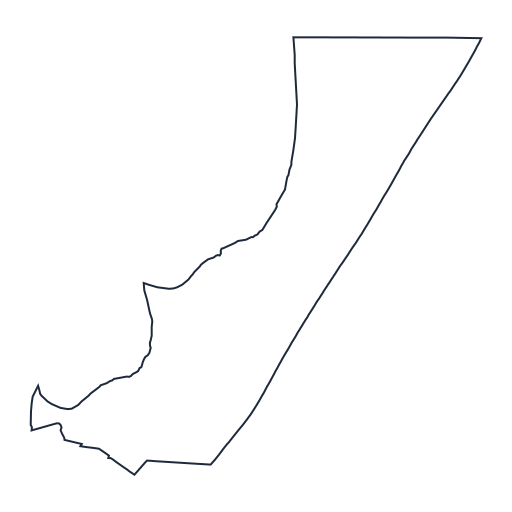 Mostardas, Rio Grande do Sul, Brazil (Albers equal-area conic projection)
{"feature_id": "56859067B36086457768432", "entity_name": "Mostardas", "entity_type": "district", "adm_level": 2, "iso_a3": "BRA", "parent_name": "Brazil", "parent_adm1": "Rio Grande do Sul", "projection": "albers", "projection_center": [-50.76, -30.853], "detail": "fine", "context": "isolated", "style": "outline", "palette": "slate", "viewbox_px": 512, "rotation_deg": 0, "n_neighbors": 0, "source": "geoboundaries", "source_scale": "gbopen_adm2", "svg_char_len": 3874}
<svg xmlns="http://www.w3.org/2000/svg" viewBox="0 0 512 512"><path d="M481.3,38.2L446.9,37.6L420.8,37.6L416.7,37.6L380.8,37.5L346.3,37.4L293.4,37.3L294.7,54.9L294.7,63.3L297.0,104.5L295.6,128.8L295.0,138.2L293.3,150.6L291.5,161.0L291.3,165.1L289.5,169.5L288.4,175.3L287.4,176.7L286.5,180.8L285.0,189.5L280.4,197.3L277.7,202.2L276.5,204.2L276.8,206.7L275.0,210.2L266.6,222.9L264.2,226.9L262.3,230.0L259.6,231.6L257.4,234.5L254.6,235.7L253.0,237.2L251.3,237.1L246.0,239.7L237.9,241.0L235.0,242.9L223.1,248.3L221.6,248.6L220.7,250.9L220.9,253.5L219.7,255.5L217.9,255.1L216.0,255.7L213.7,257.5L208.1,259.3L202.5,263.4L200.7,265.0L199.8,266.5L194.4,271.9L192.6,274.5L191.2,275.9L188.5,279.5L182.2,284.7L177.1,287.3L173.6,288.4L169.2,288.8L157.5,287.3L148.9,284.8L143.7,283.0L144.3,290.4L147.1,300.0L149.4,310.7L150.1,313.7L151.9,318.9L152.3,321.7L151.7,326.7L151.7,335.7L150.6,340.6L149.9,342.6L150.0,345.6L150.7,347.9L149.4,352.8L147.7,355.3L145.4,356.8L143.9,359.4L142.7,362.4L141.9,365.5L141.2,367.3L139.6,368.0L138.2,371.0L136.5,372.1L132.8,374.0L130.9,376.0L129.3,376.8L126.5,376.6L121.2,377.6L114.0,378.9L112.2,380.4L110.0,381.1L106.7,383.2L100.8,385.2L99.1,387.1L90.6,393.5L88.5,395.8L81.6,401.4L78.2,405.0L71.7,408.7L67.8,409.1L60.5,407.9L51.6,404.0L47.5,401.4L41.5,395.7L40.2,393.9L39.2,389.6L38.1,385.8L32.7,396.6L31.7,403.1L31.0,411.2L30.7,424.9L31.7,426.7L31.9,428.4L31.6,430.4L55.3,423.7L57.0,423.3L59.2,423.5L60.7,425.1L61.5,427.6L60.6,430.3L61.7,432.8L62.5,434.6L63.4,436.1L64.3,438.1L64.5,439.9L81.8,444.0L80.4,446.2L86.5,447.1L92.5,447.8L98.9,448.7L104.1,452.2L108.9,455.6L108.3,458.0L110.7,458.1L112.8,459.4L115.8,461.7L118.5,463.6L120.9,465.3L124.2,467.6L127.2,469.6L129.3,471.3L131.9,473.0L134.4,474.7L136.2,472.7L137.8,470.9L139.3,469.1L140.9,467.4L142.4,465.6L144.0,463.8L145.4,462.2L147.0,460.6L149.0,460.7L151.1,460.8L153.1,461.0L155.7,461.2L198.7,463.9L200.8,464.0L210.6,464.6L213.2,461.7L215.0,459.7L216.7,457.5L218.6,455.2L220.7,452.4L222.1,450.5L224.6,447.2L227.2,444.0L228.9,442.2L230.5,440.1L232.5,437.6L234.1,435.6L235.5,433.8L237.3,431.6L238.7,429.8L240.5,427.7L242.0,425.9L243.8,423.6L245.4,421.5L247.1,419.3L248.5,417.3L250.2,415.1L252.2,412.1L254.1,409.1L255.6,406.7L257.4,403.8L258.9,401.3L260.9,397.8L262.2,395.4L263.4,393.5L264.5,391.5L265.6,389.3L266.9,386.8L268.4,384.3L270.4,380.8L271.4,378.9L272.7,376.5L273.9,374.3L275.1,371.9L276.0,370.2L277.1,368.5L278.3,366.1L279.5,363.9L280.9,361.5L282.3,358.8L284.0,355.9L285.6,353.2L287.3,350.4L288.7,348.1L290.1,345.6L291.9,342.3L293.7,339.5L295.5,336.6L297.9,332.2L299.3,330.1L300.6,327.9L301.7,326.2L303.1,323.8L304.6,321.4L305.5,319.9L307.2,317.5L308.1,315.8L309.0,314.2L310.1,312.6L311.8,309.9L313.0,308.0L314.3,306.0L315.2,304.4L316.1,302.9L317.7,300.4L319.0,298.7L320.4,296.4L322.0,294.0L323.1,292.2L324.2,290.4L325.7,288.1L327.1,286.0L328.1,284.4L329.5,282.4L331.1,279.8L332.7,277.5L333.9,275.6L335.2,273.7L336.4,271.8L338.2,269.0L339.8,266.4L342.0,263.4L343.4,261.4L345.0,259.0L346.5,256.8L348.3,254.1L349.9,251.6L351.3,249.4L352.9,247.0L354.2,245.2L355.7,243.1L357.4,240.4L358.5,238.6L360.2,236.0L361.5,234.2L362.9,231.8L364.8,228.6L366.4,226.0L367.4,224.5L369.1,221.5L370.3,219.6L371.5,217.4L372.9,215.0L374.4,212.5L376.2,209.8L377.5,207.5L378.8,205.1L380.8,201.8L381.9,199.7L383.4,197.1L384.8,194.8L386.3,192.5L387.4,190.7L389.0,188.0L391.7,183.3L394.9,177.5L396.8,174.1L398.5,171.3L399.9,168.7L401.4,165.7L403.2,162.7L404.5,160.3L406.2,157.8L407.5,155.8L408.6,154.2L410.0,151.6L411.4,149.0L413.2,146.2L414.4,144.4L416.0,141.9L417.5,139.4L418.9,137.3L420.6,134.7L430.8,118.9L447.3,95.1L448.5,93.3L450.3,91.0L451.9,88.6L453.0,86.9L455.2,83.5L456.6,81.6L458.6,78.5L460.1,76.3L462.0,73.1L463.8,70.1L465.1,67.9L466.6,65.3L468.0,63.0L469.4,60.6L471.1,57.5L472.6,54.8L474.0,52.4L475.7,49.2L476.9,46.7L478.4,44.1L479.5,42.0L481.3,38.2Z" fill="none" stroke="#1e293b" stroke-width="2"/></svg>